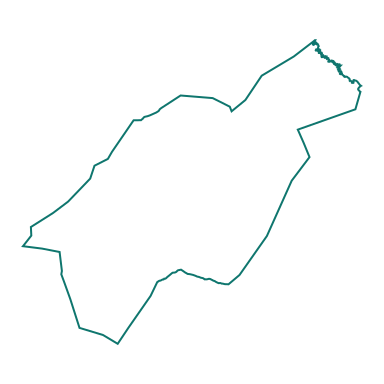 Tarialan, Uvs, Mongolia (Robinson projection)
{"feature_id": "93677404B95809249566268", "entity_name": "Tarialan", "entity_type": "district", "adm_level": 2, "iso_a3": "MNG", "parent_name": "Mongolia", "parent_adm1": "Uvs", "projection": "robinson", "projection_center": [92.281, 49.747], "detail": "fine", "context": "isolated", "style": "outline", "palette": "teal", "viewbox_px": 384, "rotation_deg": 0, "n_neighbors": 0, "source": "geoboundaries", "source_scale": "gbopen_adm2", "svg_char_len": 5368}
<svg xmlns="http://www.w3.org/2000/svg" viewBox="0 0 384 384"><path d="M30.9,227.0L31.3,235.6L23.0,246.2L42.1,248.6L59.6,252.0L61.9,271.0L61.3,274.3L64.0,281.6L70.3,299.1L79.5,327.9L103.0,335.0L117.7,343.8L128.4,327.8L150.6,295.9L157.1,282.4L157.5,281.8L158.2,281.6L158.7,281.1L159.6,280.7L160.5,280.6L161.3,280.2L161.6,280.0L162.6,279.5L163.0,279.4L163.5,279.5L163.8,279.3L164.2,278.7L165.3,278.7L166.1,278.2L167.2,277.1L169.8,275.0L171.9,273.2L172.7,272.7L174.1,272.6L175.0,272.5L176.1,272.0L176.5,271.7L177.3,270.8L177.8,270.4L178.4,270.2L180.9,269.7L181.1,269.7L183.5,271.3L185.3,272.6L186.5,273.2L187.5,273.9L190.0,274.2L193.0,274.9L195.5,275.8L197.2,276.6L198.8,276.9L201.1,277.8L201.9,277.9L203.3,278.3L203.6,278.5L204.1,279.0L204.6,279.1L204.7,279.3L207.0,279.3L209.0,278.8L210.2,279.0L210.9,279.3L211.4,279.7L212.5,280.1L213.3,280.7L214.6,281.0L215.6,281.7L217.3,282.6L218.8,283.2L220.0,283.0L220.6,283.1L221.7,283.6L222.6,283.6L224.6,284.1L225.6,284.2L227.1,284.2L228.5,284.3L239.5,275.0L266.9,236.0L291.7,180.7L309.5,157.1L303.8,143.2L297.8,129.6L355.4,109.3L360.4,91.9L359.8,91.7L359.4,90.7L359.1,90.6L358.4,89.9L358.2,89.5L358.1,89.0L358.6,88.3L358.7,87.8L359.0,87.5L359.8,86.8L360.0,86.5L360.2,86.2L360.8,85.9L361.0,85.8L359.8,84.9L358.6,83.2L357.9,82.5L357.5,81.7L356.9,81.3L356.1,80.7L354.8,80.4L354.0,80.0L353.6,80.1L353.3,80.5L353.2,81.3L353.6,81.8L353.6,82.0L353.4,82.8L352.8,82.8L352.6,82.7L352.4,82.7L352.4,82.9L352.1,82.9L351.9,82.8L351.9,82.6L352.0,82.3L352.4,82.0L352.6,81.7L352.0,81.7L351.7,81.7L351.2,81.4L351.0,81.0L350.6,80.8L350.3,80.4L350.1,80.3L349.7,80.6L349.5,79.7L349.5,79.0L349.5,78.8L348.9,78.2L347.8,77.5L347.2,76.9L346.7,76.7L346.1,76.6L345.6,76.8L345.4,76.9L344.5,76.9L344.4,76.8L344.4,76.7L344.8,76.6L344.8,76.4L344.5,76.3L344.3,76.1L344.0,76.3L343.9,76.2L343.7,75.8L343.1,75.4L342.8,74.9L342.1,74.5L342.0,74.1L342.0,73.6L341.8,73.6L341.3,73.8L340.8,74.2L340.6,74.2L340.4,74.1L340.2,74.1L339.9,73.9L339.9,73.7L340.9,73.6L341.3,73.4L341.5,73.2L341.3,72.1L341.4,71.9L341.1,71.3L340.9,71.2L340.6,71.3L340.4,71.5L340.1,71.6L339.7,71.4L339.3,71.6L338.9,71.6L338.6,71.1L338.6,70.9L339.4,70.7L339.6,70.6L339.5,70.2L339.6,69.9L339.0,69.9L338.9,69.7L338.2,69.9L338.0,69.7L338.3,69.3L339.5,69.2L339.9,69.0L339.8,68.9L339.6,68.8L338.7,68.7L338.1,68.0L338.0,67.4L337.6,67.5L337.6,67.3L337.5,67.2L337.4,67.4L337.1,67.1L337.4,66.9L337.3,66.5L337.3,66.4L338.4,66.0L338.0,65.8L337.9,65.5L338.0,65.3L338.2,65.2L338.5,65.2L338.7,65.3L338.7,65.6L339.1,66.0L338.9,66.5L339.0,66.6L339.2,66.9L339.6,66.9L339.8,66.7L340.2,66.3L340.3,65.9L340.6,65.6L340.3,65.6L339.8,66.3L339.6,66.3L339.5,66.1L339.5,65.9L339.6,65.7L339.8,65.2L339.4,65.1L339.4,64.9L339.6,64.8L339.5,64.3L339.1,64.3L338.9,64.7L338.7,64.8L338.5,64.5L337.6,64.8L337.4,64.8L337.2,64.6L337.5,64.1L337.4,64.0L336.9,64.2L336.5,64.2L336.5,64.5L336.3,64.7L335.9,65.0L335.5,65.1L335.3,64.8L335.5,63.8L335.5,63.4L335.4,63.3L335.2,63.2L334.9,63.9L334.6,64.1L334.0,63.9L334.0,63.6L334.2,63.3L334.4,63.1L334.4,62.9L334.5,62.4L334.4,62.2L334.2,62.1L333.8,62.8L333.5,62.8L333.1,62.6L333.1,62.1L333.6,61.4L333.5,61.2L333.3,61.3L332.5,62.0L332.3,61.9L332.2,61.3L331.9,61.1L332.0,61.0L332.4,60.8L332.1,60.8L331.9,60.7L332.0,60.6L331.8,60.5L331.6,60.6L331.5,61.0L330.9,61.5L330.1,61.2L329.8,61.4L329.6,61.6L329.3,61.8L328.9,61.8L328.3,61.6L328.3,61.3L328.5,61.2L329.2,61.1L329.5,61.0L329.6,60.9L329.5,60.6L329.0,60.5L328.9,60.3L329.3,59.9L329.2,59.7L328.6,59.5L328.3,59.4L328.2,59.2L328.4,58.8L328.4,58.7L327.7,58.1L327.2,58.7L326.8,58.9L326.6,58.5L326.5,58.1L326.6,57.9L327.0,57.7L326.7,57.6L326.3,57.6L326.4,57.2L325.2,57.8L324.6,57.8L324.5,57.6L324.6,57.1L324.5,56.7L325.0,56.4L325.1,56.2L323.8,56.3L323.7,56.5L323.3,56.6L323.4,56.8L323.2,56.9L322.4,57.1L321.7,57.1L321.6,56.9L322.3,56.5L322.6,56.2L323.1,55.3L323.1,55.2L322.7,55.2L322.7,55.6L322.2,55.6L321.6,55.6L321.6,55.3L322.1,55.1L321.3,55.0L321.2,54.6L321.2,54.3L320.9,54.0L320.8,53.6L321.0,53.4L321.6,53.4L321.9,53.3L321.8,52.9L321.7,52.7L320.9,52.6L320.6,52.7L320.1,53.0L318.8,53.0L318.7,52.8L318.8,52.6L319.4,52.0L320.3,52.0L320.2,50.7L319.6,50.3L319.6,50.0L319.7,49.8L319.6,49.6L319.1,49.9L318.9,50.0L319.0,50.2L319.3,50.2L318.7,50.9L318.2,51.1L317.6,50.9L317.4,50.3L317.1,50.1L316.9,50.1L316.4,50.5L315.8,50.5L315.7,50.3L315.8,50.1L316.1,50.1L316.2,49.8L316.0,49.7L316.1,49.4L316.3,49.3L316.7,49.4L317.2,49.3L317.4,49.4L317.5,49.9L317.9,50.0L318.2,50.0L318.4,49.8L318.5,49.5L318.5,49.1L318.0,48.1L318.1,47.7L318.1,47.0L318.7,46.3L318.6,45.8L318.3,45.2L317.5,44.6L317.0,44.5L316.7,44.3L317.4,43.9L317.0,43.6L316.4,43.7L316.1,43.5L316.0,43.4L316.1,43.0L315.8,43.0L316.0,42.7L315.9,42.5L315.6,42.6L315.6,42.9L315.5,43.0L315.5,43.4L315.4,43.6L314.6,43.6L314.5,43.8L314.6,44.1L314.0,44.4L314.0,44.6L313.8,44.8L313.6,44.9L313.4,44.8L313.2,44.6L312.9,44.5L312.9,44.1L313.0,43.8L313.5,43.5L313.7,43.3L313.7,42.9L313.8,42.8L314.4,42.7L314.5,42.6L314.6,42.2L314.0,42.3L313.8,42.1L313.7,41.6L313.9,41.3L314.4,41.1L315.2,40.4L315.3,40.2L315.2,40.2L314.9,40.2L313.5,41.4L293.8,56.5L261.7,75.7L245.4,100.0L231.6,111.3L229.8,106.7L212.7,98.1L180.6,95.5L161.2,108.1L159.7,109.3L159.1,110.4L158.5,111.1L156.3,112.5L149.8,115.4L147.5,116.2L144.8,116.8L143.9,117.3L143.3,118.0L142.7,118.8L142.1,119.2L141.0,120.2L133.6,120.3L112.0,151.8L107.9,158.9L94.5,165.7L90.2,178.6L68.1,201.6L53.0,213.0L30.9,227.0Z" fill="none" stroke="#0f766e" stroke-width="2"/></svg>